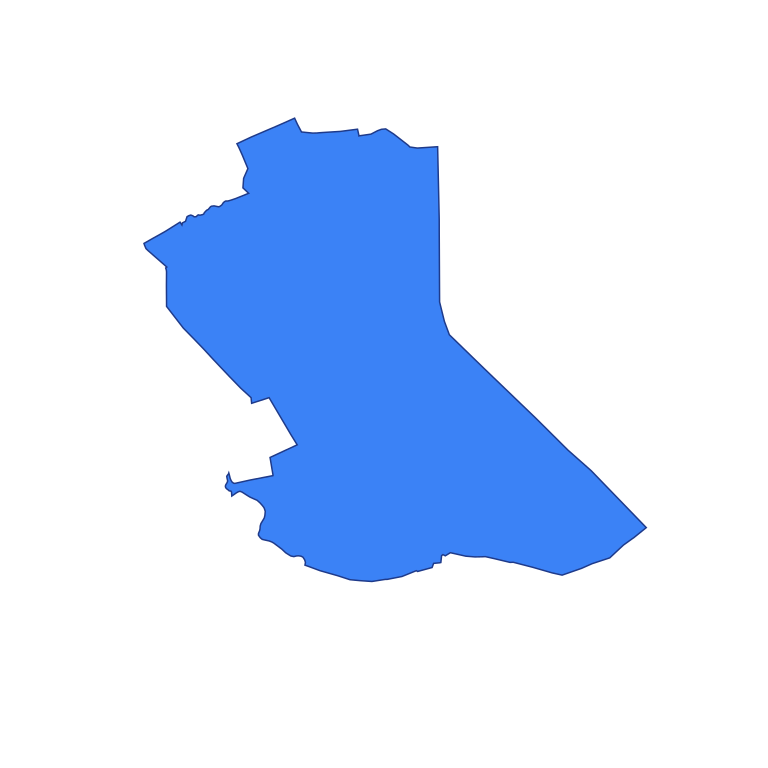 Seleus, Arad, Romania, rotated 230°
{"feature_id": "2599482B93238774632667", "entity_name": "Seleus", "entity_type": "district", "adm_level": 2, "iso_a3": "ROU", "parent_name": "Romania", "parent_adm1": "Arad", "projection": "mercator", "projection_center": [21.739, 46.383], "detail": "fine", "context": "isolated", "style": "filled", "palette": "blue", "viewbox_px": 768, "rotation_deg": 230, "n_neighbors": 0, "source": "geoboundaries", "source_scale": "gbopen_adm2", "svg_char_len": 2763}
<svg xmlns="http://www.w3.org/2000/svg" viewBox="0 0 768 768"><g transform="rotate(230 384 384)"><path d="M645.1,486.4L649.9,469.7L658.6,440.8L660.6,433.3L662.6,425.8L658.3,424.8L650.5,422.6L636.5,418.2L631.8,408.7L628.0,405.0L624.9,402.0L617.1,402.9L621.6,389.1L623.2,385.0L624.3,382.5L625.0,381.4L625.9,380.4L626.2,379.1L626.2,378.2L626.1,377.1L625.7,375.9L625.4,374.7L625.5,373.2L625.7,371.9L626.2,371.1L629.7,368.3L631.1,366.1L631.3,365.0L630.7,361.6L631.1,359.9L631.0,358.6L630.9,357.7L630.6,356.1L630.1,355.3L630.3,354.1L631.6,351.5L632.8,350.6L633.1,349.7L632.9,347.7L634.1,346.0L635.7,345.7L637.6,344.6L638.4,342.7L638.8,340.7L636.2,336.5L637.0,333.2L635.7,331.4L639.1,331.8L641.6,313.9L644.2,300.3L646.0,290.5L644.3,289.8L640.7,288.7L637.8,289.0L613.2,292.8L613.2,291.3L611.4,290.6L609.7,289.5L598.9,280.3L587.9,271.2L585.6,269.3L583.2,267.3L555.8,266.2L542.9,267.2L527.3,268.3L512.3,269.0L489.0,270.4L472.5,271.6L460.6,273.2L459.0,273.4L454.3,270.2L447.4,287.2L404.9,280.1L393.2,278.4L401.0,249.5L385.7,240.5L385.2,240.0L396.5,219.7L403.7,205.9L404.7,205.0L406.6,204.6L408.3,204.8L410.6,205.5L413.8,207.1L415.6,207.9L415.0,206.9L414.8,205.5L414.4,204.2L412.5,203.1L410.2,201.9L409.4,200.6L408.4,197.8L407.7,196.8L406.4,196.1L405.1,196.1L403.9,196.3L402.9,196.6L401.7,196.7L400.3,197.9L399.2,197.7L396.0,195.4L395.7,198.5L395.5,201.0L395.1,203.1L394.4,204.7L392.4,205.8L386.3,207.7L383.6,208.6L379.4,210.6L376.6,212.0L372.6,212.6L369.4,212.7L366.5,212.6L365.0,212.1L362.8,211.2L359.9,208.3L358.3,206.1L356.2,200.0L354.8,197.9L352.7,195.9L352.1,195.1L351.5,194.3L350.2,191.8L349.0,190.7L347.5,190.5L345.6,190.4L343.3,190.8L341.0,192.5L337.5,195.2L335.1,196.5L333.0,197.3L323.0,199.6L317.9,200.2L314.1,201.4L312.1,202.1L309.7,204.0L308.6,206.3L307.4,208.0L305.4,209.8L303.4,210.6L300.3,210.2L297.9,209.2L296.0,207.0L293.0,208.8L282.1,215.0L266.9,225.3L256.0,232.1L248.9,239.1L240.5,247.8L233.5,259.4L232.2,261.0L225.0,274.0L220.2,288.8L218.8,289.2L212.5,302.9L214.7,306.7L211.2,311.8L210.7,312.8L215.5,317.8L215.4,319.5L213.0,320.5L212.1,326.4L199.5,336.0L193.1,342.5L188.5,348.2L186.6,350.7L178.7,356.7L166.3,365.9L164.4,368.4L148.0,380.1L131.2,391.4L123.1,397.6L115.8,416.8L112.6,427.9L105.7,445.2L106.7,463.8L105.9,474.6L105.7,476.5L105.4,492.6L144.8,489.8L184.3,487.0L215.2,482.4L237.3,480.4L259.3,478.4L331.9,470.6L347.5,469.0L369.1,466.8L379.7,465.7L393.1,470.5L411.1,479.3L464.8,523.9L474.6,532.1L503.0,554.9L531.3,577.6L543.3,561.2L549.0,556.1L549.7,556.1L551.6,555.9L569.3,552.1L578.3,549.3L580.8,545.7L582.2,541.8L583.8,534.6L590.2,524.3L590.4,524.5L596.2,527.5L596.8,526.6L605.5,513.0L615.9,498.9L618.0,496.0L619.3,494.1L622.0,490.7L626.8,486.0L630.1,482.8L638.5,484.6L645.1,486.4Z" fill="#3b82f6" stroke="#1e3a8a" stroke-width="1.5"/></g></svg>